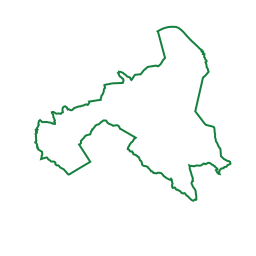 the district of Campos dos Goytacazes, Rio de Janeiro, Brazil, rotated 255°
{"feature_id": "56859067B60094869559432", "entity_name": "Campos dos Goytacazes", "entity_type": "district", "adm_level": 2, "iso_a3": "BRA", "parent_name": "Brazil", "parent_adm1": "Rio de Janeiro", "projection": "orthographic", "projection_center": [-41.44, -21.65], "detail": "fine", "context": "isolated", "style": "outline", "palette": "green", "viewbox_px": 256, "rotation_deg": 255, "n_neighbors": 0, "source": "geoboundaries", "source_scale": "gbopen_adm2", "svg_char_len": 5828}
<svg xmlns="http://www.w3.org/2000/svg" viewBox="0 0 256 256"><g transform="rotate(255 128 128)"><path d="M120.5,36.0L120.7,41.4L120.3,42.2L118.3,42.9L117.1,44.1L115.7,44.9L115.4,45.5L115.0,47.0L114.4,48.3L113.2,48.9L112.0,48.4L111.2,48.8L110.2,49.7L110.2,50.6L109.4,51.4L107.9,52.1L107.0,52.7L104.8,55.2L102.7,56.2L102.2,56.6L101.1,57.0L98.9,58.1L98.4,58.6L98.6,60.0L101.0,68.1L105.1,82.8L124.7,76.5L124.8,77.5L125.6,78.7L127.6,79.1L128.0,79.6L128.3,80.3L129.2,81.5L129.8,82.8L130.3,83.4L130.8,83.8L131.6,85.0L131.6,85.9L131.7,87.0L131.7,88.9L131.6,89.7L132.0,90.3L133.6,91.0L134.3,91.6L135.1,92.8L135.9,93.0L135.9,93.6L137.8,96.2L138.5,96.9L139.0,97.9L139.2,98.9L139.1,100.6L139.4,101.4L140.8,103.8L141.0,104.7L141.6,106.1L141.5,106.9L140.8,108.8L138.1,109.7L137.7,110.2L136.9,110.7L135.7,112.5L134.6,113.8L133.9,114.2L133.9,115.7L133.6,117.9L133.2,118.6L132.7,119.2L132.0,119.6L129.1,120.2L128.8,120.8L116.6,133.0L116.2,132.3L116.0,131.2L113.9,129.1L113.4,128.4L113.1,127.2L112.3,126.5L111.8,125.6L111.2,125.0L110.6,124.8L109.1,123.0L107.6,122.3L107.1,123.2L106.2,123.6L105.4,123.7L104.8,124.0L104.8,124.6L104.4,125.3L104.2,126.0L103.7,125.8L102.6,126.5L101.8,126.2L100.6,127.2L100.4,128.0L99.8,128.7L99.0,129.0L98.8,129.5L97.9,129.8L97.5,130.7L94.8,131.2L93.8,131.2L93.0,131.7L92.5,132.3L89.6,132.3L88.7,132.2L87.7,132.9L87.0,134.2L86.3,135.8L85.6,136.4L85.2,137.0L83.9,137.3L83.4,137.9L82.5,138.2L81.0,139.0L80.2,139.1L79.8,140.1L79.1,140.6L78.4,140.7L77.7,141.3L77.6,142.2L76.8,143.6L77.0,145.2L76.9,146.2L76.2,147.4L76.1,148.0L75.7,148.5L74.0,149.5L73.3,149.6L72.5,149.9L72.1,150.4L71.6,150.6L71.1,151.3L70.4,151.6L69.5,152.4L67.0,155.2L67.3,155.9L67.8,156.4L67.0,156.8L66.1,156.8L65.5,156.6L64.8,156.7L64.0,156.5L62.6,156.7L62.0,156.1L61.2,155.7L60.4,155.6L59.8,155.3L59.2,155.6L58.5,155.8L58.6,157.4L58.0,158.1L57.3,158.3L56.5,158.3L55.8,159.0L55.5,160.0L54.9,160.3L54.6,160.9L54.1,161.2L53.7,161.8L53.1,162.2L51.6,162.9L51.1,163.3L50.9,163.9L50.4,164.6L50.5,165.7L50.0,166.2L49.3,166.5L48.0,166.8L46.7,168.1L43.9,169.5L43.3,170.0L41.8,170.9L41.3,171.5L40.9,172.1L40.9,172.8L41.3,173.3L41.5,173.9L41.4,174.5L41.0,175.0L41.3,175.5L44.9,176.4L46.9,176.5L49.7,177.0L50.9,176.9L54.9,175.4L56.0,175.4L57.8,175.0L58.4,175.1L59.7,176.0L59.9,177.0L60.5,177.1L61.3,177.0L62.5,177.6L65.1,177.4L65.8,177.3L69.3,177.3L70.5,177.1L71.2,177.3L72.8,177.1L74.9,177.6L75.9,177.6L75.1,178.5L75.0,179.3L74.4,181.0L73.9,181.7L74.1,184.3L73.8,185.6L73.2,186.8L72.9,188.6L73.0,189.2L74.0,191.6L74.0,192.4L73.1,193.2L73.0,193.9L73.6,196.2L73.5,196.8L73.2,197.5L72.7,198.3L72.1,198.8L71.0,199.4L70.2,200.7L69.4,200.9L69.0,201.6L68.5,202.0L67.9,202.1L67.1,202.6L66.5,203.2L65.0,203.8L64.6,202.9L64.5,202.0L61.3,202.9L60.2,203.8L59.8,204.6L60.5,204.5L62.4,204.7L64.2,206.7L64.6,207.3L64.7,208.2L64.4,209.9L65.0,210.3L65.4,211.1L65.3,211.9L65.1,212.6L65.2,213.3L66.2,214.2L66.6,215.9L66.6,216.8L67.0,217.7L68.9,217.8L69.7,217.2L70.0,216.4L70.4,215.6L73.5,212.4L74.2,212.0L74.8,211.8L75.8,211.0L76.5,210.6L77.1,210.6L78.9,210.9L82.9,211.7L84.4,211.8L85.1,211.3L87.2,210.6L90.1,210.3L92.6,209.5L94.4,209.8L96.7,209.7L97.4,209.9L99.2,210.5L100.0,210.6L101.3,210.6L105.5,211.4L106.3,211.3L107.0,210.8L107.7,209.8L110.6,204.5L111.1,203.9L112.3,203.2L126.7,197.3L157.3,213.5L158.5,216.1L161.4,220.4L162.8,220.2L163.7,220.4L165.4,220.1L166.1,219.8L166.7,219.7L167.5,220.0L168.5,220.1L171.5,219.9L171.6,220.7L172.1,221.2L172.9,221.3L174.1,220.5L175.3,220.3L176.0,220.4L176.7,219.9L178.6,220.5L179.5,220.9L179.6,220.2L180.0,219.5L180.6,219.9L181.2,219.9L181.6,220.3L182.1,219.8L182.6,220.2L183.0,219.7L183.0,218.9L183.7,218.9L184.4,219.3L185.0,218.6L186.7,217.4L188.0,216.8L195.9,211.8L201.2,208.9L206.1,206.5L208.3,205.2L210.4,203.7L211.9,202.4L212.3,201.8L213.2,200.4L214.0,198.1L214.8,194.8L215.1,192.8L215.1,188.5L214.5,184.8L213.7,181.6L213.2,181.9L186.0,181.9L184.7,179.7L181.1,175.9L179.9,173.3L180.1,172.2L180.7,171.9L181.0,171.2L181.9,163.0L179.6,158.1L176.6,154.2L177.6,148.6L176.6,147.3L173.8,144.3L173.5,143.7L174.5,143.2L175.5,143.3L176.3,142.9L176.9,142.2L177.5,141.1L178.2,140.4L180.3,139.2L181.2,138.3L182.6,137.4L184.2,135.2L184.3,134.5L184.7,133.8L183.8,133.4L183.7,132.6L183.1,132.7L182.5,133.1L180.6,133.2L179.7,133.6L179.1,134.3L178.5,134.7L177.7,135.0L176.5,136.1L175.0,136.0L173.9,135.1L173.0,134.8L173.0,134.0L175.0,125.3L175.3,122.7L175.4,120.4L175.7,117.4L175.6,116.3L174.7,116.2L173.3,116.3L172.6,116.2L172.3,115.5L171.9,115.0L170.8,114.4L169.2,113.8L168.4,113.3L167.7,112.5L167.0,112.2L166.6,111.6L166.3,111.0L165.8,110.5L165.0,110.3L164.3,109.9L163.8,109.4L162.3,109.0L163.6,97.3L162.9,97.5L160.8,95.4L160.8,94.8L161.5,94.2L161.7,92.3L161.2,90.6L161.5,88.8L161.2,88.2L161.2,87.3L161.6,86.1L161.3,83.5L161.3,81.6L161.2,81.0L160.6,80.4L160.4,79.7L159.7,78.5L160.2,76.8L161.0,76.2L161.5,75.6L161.4,74.6L162.3,74.3L162.9,74.4L163.8,74.2L164.4,73.5L165.2,73.0L165.2,71.6L164.5,70.3L164.0,70.0L163.3,69.7L162.5,69.5L161.8,69.2L160.9,69.3L160.0,69.1L160.0,68.4L159.7,67.6L159.1,66.9L159.4,66.0L160.0,64.9L160.2,64.0L160.2,62.9L160.9,61.9L162.5,60.5L163.0,59.4L162.9,58.5L161.9,58.5L161.0,58.9L160.4,59.1L158.7,59.0L157.8,58.7L157.3,58.8L156.6,59.1L155.6,59.1L154.2,59.4L153.7,59.0L153.4,58.4L152.7,58.4L151.9,58.8L150.9,58.5L151.7,56.3L152.6,55.6L153.2,54.7L153.8,53.0L154.8,51.3L155.6,47.7L155.9,46.9L156.4,46.2L157.2,46.0L158.4,45.1L157.8,43.8L155.7,42.7L154.9,42.4L154.1,42.7L153.7,42.1L152.8,41.6L151.1,39.6L150.1,40.1L150.1,39.4L150.0,38.4L148.5,38.3L148.5,39.2L147.6,39.0L147.0,38.7L147.2,38.1L146.1,37.1L145.3,37.3L144.4,37.2L143.6,36.8L142.7,36.8L140.6,36.2L139.6,36.3L138.9,35.8L138.6,35.0L138.0,34.7L137.6,35.4L135.4,35.9L133.4,35.3L132.8,35.8L132.1,35.4L131.6,35.9L131.0,35.6L130.2,36.1L127.2,38.8L126.5,38.6L125.1,38.6L124.5,38.3L123.7,37.5L122.3,37.1L120.5,36.0Z" fill="none" stroke="#15803d" stroke-width="2"/></g></svg>